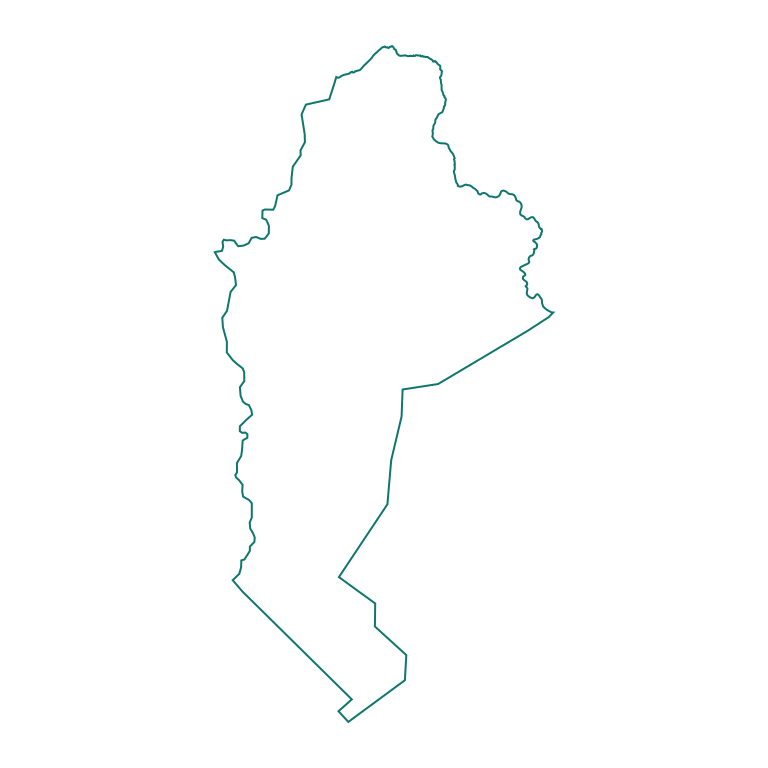 Municipality D, Montevideo, Uruguay (Natural Earth projection)
{"feature_id": "84410073B61220439559316", "entity_name": "Municipality D", "entity_type": "district", "adm_level": 2, "iso_a3": "URY", "parent_name": "Uruguay", "parent_adm1": "Montevideo", "projection": "natural_earth1", "projection_center": [-56.128, -34.798], "detail": "fine", "context": "isolated", "style": "outline", "palette": "teal", "viewbox_px": 768, "rotation_deg": 0, "n_neighbors": 0, "source": "geoboundaries", "source_scale": "gbopen_adm2", "svg_char_len": 5961}
<svg xmlns="http://www.w3.org/2000/svg" viewBox="0 0 768 768"><path d="M540.0,237.0L540.6,235.2L541.0,234.7L541.3,234.2L541.1,233.7L541.2,233.2L541.9,231.8L542.0,231.1L541.9,230.1L541.8,229.5L541.6,229.1L541.2,229.3L540.8,229.2L539.1,226.9L538.9,226.2L538.7,224.2L537.6,222.4L537.3,221.9L536.8,221.8L536.0,221.2L535.0,219.9L534.5,218.9L533.8,217.9L533.0,217.2L532.2,217.1L531.2,217.3L529.3,218.3L528.6,218.9L527.7,219.3L526.7,219.3L525.7,218.7L524.9,218.0L524.4,217.0L523.3,216.2L521.3,215.3L520.3,214.3L520.1,213.0L520.3,211.2L521.1,209.0L521.6,207.4L521.6,205.7L521.3,204.2L520.5,202.8L519.3,201.7L517.4,201.1L516.4,200.2L515.4,197.1L514.9,196.0L513.8,194.9L512.5,194.3L509.4,194.0L508.5,193.6L506.4,191.8L505.8,191.4L503.8,190.6L502.7,190.7L501.7,191.1L501.0,191.8L500.4,193.5L499.5,195.1L499.0,195.9L498.1,196.5L497.3,196.9L495.7,197.4L493.9,197.1L492.0,196.5L489.9,196.5L489.1,196.2L488.3,195.6L487.5,194.7L486.2,193.8L485.5,193.4L484.1,192.9L483.5,193.1L481.7,193.4L480.7,194.5L480.0,194.5L479.5,194.3L478.3,193.5L478.1,193.2L477.4,191.1L474.9,188.8L473.1,187.8L471.6,186.4L469.8,185.4L468.8,185.2L467.3,185.1L466.4,184.7L465.3,184.7L462.0,186.2L460.4,186.7L459.3,186.5L458.3,185.9L457.9,185.9L458.0,185.3L457.4,184.0L456.2,182.4L456.1,181.1L455.7,180.4L455.5,179.4L455.1,177.4L454.9,175.5L454.0,172.6L453.9,171.0L454.7,169.5L454.8,167.7L454.7,166.1L454.8,165.1L454.4,164.8L454.4,164.6L454.7,164.3L454.8,163.7L454.7,162.2L454.5,161.7L454.5,160.6L454.1,159.8L454.0,159.3L454.2,158.9L454.7,158.4L453.6,155.3L452.9,153.8L450.1,150.4L449.9,149.7L448.8,147.9L448.6,147.2L448.6,146.7L448.2,145.3L447.6,144.5L445.6,143.5L440.2,143.2L438.3,142.7L436.1,141.3L434.2,139.6L433.7,139.0L432.3,136.5L432.7,134.7L432.8,133.4L432.5,130.4L432.7,129.8L433.0,129.5L433.2,128.9L433.4,126.2L433.5,125.7L434.3,124.1L434.9,123.3L435.2,122.4L435.3,120.0L435.5,119.5L436.9,117.6L437.9,115.3L438.8,114.0L442.1,112.3L442.7,111.4L443.6,108.6L443.9,108.1L443.9,106.6L444.9,105.6L445.2,104.7L445.1,102.9L445.3,102.6L445.5,101.1L445.9,99.9L445.8,99.3L445.4,98.2L444.9,97.9L444.3,96.9L444.5,96.4L444.3,95.8L443.6,95.3L443.0,93.4L442.9,92.7L441.6,89.9L441.6,87.3L441.5,86.4L441.7,85.1L441.3,84.1L440.9,81.7L440.8,79.6L440.1,78.5L440.0,77.4L440.3,76.7L441.0,76.2L441.3,75.4L441.5,74.3L441.8,71.8L442.0,71.3L441.8,70.9L440.6,69.9L440.2,69.2L440.3,66.3L440.2,65.9L439.8,65.5L439.0,65.1L438.0,64.2L437.5,63.8L436.3,62.1L435.8,62.0L435.7,61.7L435.3,61.6L435.2,61.2L434.6,61.1L434.3,61.5L433.1,61.5L432.9,61.2L432.7,60.6L431.9,59.7L431.0,59.1L430.6,59.1L429.3,58.2L428.9,58.1L428.1,57.3L427.6,57.0L425.6,57.0L424.7,56.6L423.9,56.8L423.4,56.6L422.7,56.0L422.3,55.9L421.7,56.4L421.1,56.3L420.5,55.8L420.4,56.0L419.6,55.6L418.1,55.5L416.1,55.2L415.9,55.2L415.2,55.6L415.0,55.9L414.6,56.0L414.2,56.0L413.4,55.5L412.9,56.0L412.6,56.1L411.4,56.0L411.0,55.8L410.7,56.0L410.2,55.9L408.4,56.2L407.2,56.0L405.7,55.4L405.2,55.5L402.6,55.6L401.0,55.9L399.1,55.5L398.7,55.3L398.2,54.5L397.5,54.2L397.1,53.7L396.6,52.7L396.5,51.7L396.0,50.9L395.9,50.0L395.6,49.6L394.4,49.3L394.2,49.1L393.9,48.1L393.4,47.4L392.8,46.6L392.1,46.1L391.7,46.1L391.1,46.7L390.3,46.7L389.9,46.8L389.6,47.4L388.6,47.8L388.4,48.0L388.0,47.9L387.3,47.2L387.0,47.2L386.3,47.4L385.5,47.3L384.8,46.5L383.2,47.2L382.5,47.2L377.9,51.2L376.4,52.8L375.5,53.3L374.9,53.9L372.7,56.3L372.1,57.5L369.8,60.0L363.9,65.7L360.8,69.2L359.8,70.1L355.5,71.2L355.0,71.4L354.6,72.1L353.8,72.4L353.0,72.5L352.3,72.3L352.2,71.8L351.3,72.0L350.3,72.6L349.4,73.5L345.2,74.6L344.0,74.8L341.3,76.1L339.1,77.5L338.3,77.8L337.2,77.5L336.3,77.0L334.4,83.4L329.2,99.4L305.9,104.6L301.9,113.7L301.6,114.7L304.7,134.3L304.9,142.3L300.5,150.4L300.7,155.3L292.8,166.7L291.5,178.1L291.5,184.6L289.0,190.4L277.5,195.3L275.2,205.8L273.3,209.7L264.8,209.5L262.5,210.6L262.3,218.1L266.3,219.8L268.9,225.9L268.8,233.5L264.7,238.7L260.8,238.9L256.2,237.0L251.7,237.8L248.6,243.3L243.6,245.6L238.2,246.2L235.7,243.0L234.3,240.7L230.3,240.1L226.6,240.4L223.8,239.7L222.5,242.0L223.2,246.6L222.0,250.8L219.1,251.4L216.7,251.7L214.8,252.2L219.0,259.7L224.8,265.1L233.7,272.3L235.0,276.8L236.0,285.1L230.6,291.9L227.0,310.9L222.3,317.7L222.9,327.1L226.9,341.8L226.8,352.5L232.8,360.2L236.2,363.3L242.9,368.6L244.2,372.5L244.3,381.1L239.9,387.2L240.6,395.8L242.9,401.6L245.8,404.0L248.9,405.1L251.4,410.3L252.1,414.7L246.5,419.7L239.9,426.2L239.8,431.1L242.0,432.8L245.6,432.6L247.4,434.2L247.3,437.9L244.6,439.3L242.7,440.5L242.0,450.3L241.2,456.0L236.9,463.0L237.1,472.2L235.3,475.1L236.1,477.5L239.0,480.1L242.6,484.8L242.2,491.6L243.1,496.6L248.9,499.9L251.8,503.2L251.8,517.5L249.7,522.5L250.2,528.5L253.0,533.2L254.7,537.4L254.4,541.9L249.9,546.6L249.8,551.0L244.4,559.5L241.3,560.4L241.1,567.3L239.3,573.8L232.7,580.2L242.5,591.6L351.8,699.4L338.5,711.2L348.3,721.9L404.9,680.2L406.3,655.1L374.9,626.5L375.2,603.5L338.9,577.1L387.4,504.3L391.2,460.2L401.6,416.4L402.6,389.5L438.1,384.0L527.8,330.7L548.6,317.2L553.2,312.5L551.9,312.4L551.0,312.1L547.0,309.9L545.1,308.4L543.2,306.6L542.1,303.3L541.9,302.1L541.9,300.0L541.4,299.0L540.8,298.0L539.9,296.9L539.2,295.6L538.4,294.8L537.4,294.2L536.4,294.6L535.6,295.5L535.0,296.6L534.2,297.4L533.4,298.0L532.6,298.3L530.3,297.5L528.2,296.0L527.4,295.1L526.9,294.0L526.8,292.7L527.3,289.8L527.4,288.4L526.8,287.4L525.9,286.6L525.7,286.1L527.0,284.9L527.2,284.1L527.1,283.2L526.7,282.1L523.5,279.5L522.9,278.7L522.8,277.9L523.2,276.6L523.7,276.1L524.5,275.7L525.2,275.1L525.3,274.3L524.9,273.4L524.2,272.7L523.3,271.8L520.4,269.8L519.9,268.9L520.1,267.9L520.8,267.0L522.5,266.1L527.5,263.8L528.5,263.2L529.1,262.5L529.2,261.5L528.6,259.8L528.6,259.1L529.0,257.5L530.3,256.0L531.9,255.5L532.6,255.1L533.4,254.2L533.8,253.2L534.1,251.1L534.4,250.3L534.3,249.6L534.0,249.3L534.5,248.9L535.7,248.7L536.2,248.4L536.7,247.8L536.9,247.0L537.0,245.2L536.9,244.5L536.6,243.7L536.0,243.2L535.0,242.1L533.8,241.4L533.3,240.8L533.3,240.3L533.7,239.7L536.6,239.0L538.5,238.2L540.0,237.0Z" fill="none" stroke="#0f766e" stroke-width="2"/></svg>